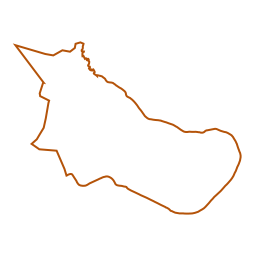 the district of La Pointe, Saint Lucia
{"feature_id": "8701671B35754409069588", "entity_name": "La Pointe", "entity_type": "district", "adm_level": 2, "iso_a3": "LCA", "parent_name": "Saint Lucia", "parent_adm1": "", "projection": "natural_earth1", "projection_center": [-60.888, 13.916], "detail": "fine", "context": "isolated", "style": "outline", "palette": "amber", "viewbox_px": 256, "rotation_deg": 0, "n_neighbors": 0, "source": "geoboundaries", "source_scale": "gbopen_adm2", "svg_char_len": 4682}
<svg xmlns="http://www.w3.org/2000/svg" viewBox="0 0 256 256"><path d="M66.5,175.6L67.0,175.4L67.5,175.1L67.9,174.8L68.7,174.5L69.1,174.3L69.5,174.2L70.3,174.0L71.2,174.0L71.6,174.2L72.0,174.3L72.5,174.9L74.3,177.7L76.4,180.9L76.6,181.4L76.8,181.8L77.0,182.3L77.3,182.7L77.6,183.2L77.9,183.6L78.2,184.0L78.5,184.3L79.0,184.7L79.1,184.9L79.3,185.0L79.6,185.1L79.8,185.2L80.2,185.3L80.7,185.5L81.0,185.6L81.4,185.6L81.8,185.7L82.0,185.7L82.5,185.8L83.3,185.8L83.8,185.8L84.2,185.8L84.7,185.7L85.1,185.7L85.6,185.6L85.8,185.5L86.1,185.4L86.5,185.2L86.9,185.0L87.4,184.8L87.8,184.5L88.0,184.4L88.5,184.1L88.9,183.8L89.3,183.6L89.7,183.3L90.0,183.2L96.5,180.2L98.7,179.2L99.0,179.0L100.8,178.2L101.2,178.1L102.3,177.5L103.4,177.1L103.7,177.0L104.8,176.8L105.8,176.5L107.1,176.4L108.6,176.7L109.9,177.3L111.1,178.0L112.3,179.0L113.5,180.4L114.2,181.6L114.5,182.1L114.9,182.9L115.1,183.3L115.5,184.1L115.9,184.5L116.4,184.8L116.8,185.1L117.8,185.4L119.4,185.7L119.6,185.7L121.7,185.9L122.5,186.1L123.6,186.4L124.0,186.5L124.7,186.6L125.6,186.7L126.1,186.9L126.4,187.0L126.6,187.3L126.9,187.7L127.5,188.4L128.3,189.0L131.0,190.5L135.1,192.4L139.1,194.3L140.6,195.1L146.7,197.8L151.1,200.0L153.6,201.2L154.5,201.7L157.8,203.3L159.5,204.2L161.3,205.1L165.3,207.0L165.5,207.2L165.7,207.4L166.4,207.6L167.3,208.0L168.9,209.0L170.7,210.8L171.4,211.0L172.1,211.2L172.8,211.6L175.3,212.7L176.1,212.8L177.1,213.0L178.4,213.2L179.4,213.4L182.0,213.4L183.4,213.4L183.8,213.5L186.2,213.6L188.5,213.6L190.7,213.5L192.4,213.4L193.8,213.1L195.1,212.8L197.2,212.1L198.1,211.8L200.4,210.4L202.2,209.4L203.9,208.3L205.5,206.8L206.5,205.7L208.8,203.2L211.2,200.3L212.6,198.9L214.2,197.0L216.2,195.2L219.0,192.6L220.1,191.6L221.1,190.6L223.4,188.0L225.3,185.8L226.7,184.5L228.1,183.0L229.3,181.6L230.7,180.0L232.1,178.1L233.5,175.8L234.7,173.0L235.8,171.0L236.9,168.1L237.2,167.2L238.4,164.8L238.9,163.6L239.6,161.6L240.0,160.6L240.6,157.2L240.6,156.4L240.6,155.6L240.5,154.9L240.1,153.0L239.4,151.5L238.8,149.7L238.5,149.0L237.9,147.3L237.1,144.8L237.0,144.6L236.9,144.0L236.6,143.5L235.6,141.3L235.0,140.3L234.0,138.7L233.0,137.0L232.8,136.7L232.1,136.0L231.7,135.4L230.2,134.4L229.8,134.2L228.0,133.1L226.7,132.5L225.9,132.2L224.2,131.9L221.9,131.2L220.6,130.8L219.2,130.2L217.9,129.6L216.5,129.0L215.1,128.8L213.5,129.1L211.4,129.5L210.6,129.7L210.4,129.7L207.3,130.3L206.4,130.4L205.4,130.9L204.2,132.0L202.9,132.6L202.2,132.7L201.2,132.7L200.7,132.6L199.3,132.2L198.4,132.2L197.4,132.0L195.5,131.8L193.2,131.9L192.9,131.9L192.3,131.9L189.5,131.7L187.2,132.0L185.9,132.0L184.7,131.8L184.3,131.7L183.7,131.5L182.5,130.8L181.2,130.0L180.7,129.7L177.4,127.3L177.0,127.0L175.6,126.3L174.7,125.7L174.0,125.3L173.2,124.9L172.9,124.7L169.0,123.4L166.1,122.3L165.3,122.1L164.6,121.9L162.4,121.2L161.5,120.9L161.3,120.9L160.9,120.6L159.3,120.4L158.3,120.2L155.5,120.0L153.2,119.7L151.1,119.3L149.3,119.1L148.1,118.6L146.9,117.8L145.5,116.6L145.2,116.4L144.4,115.4L143.9,114.6L142.8,113.1L142.5,112.6L140.9,110.4L139.3,108.5L138.7,107.7L137.2,105.4L135.4,103.1L134.0,101.5L133.7,101.2L132.4,99.9L131.7,99.3L131.3,99.0L130.4,98.3L130.1,98.0L129.4,97.7L129.2,97.6L128.0,97.0L127.3,96.6L126.8,96.2L126.6,95.9L126.4,95.6L126.1,94.8L126.0,94.5L125.9,93.9L125.9,93.5L125.5,92.3L125.0,91.7L124.8,91.4L124.5,91.1L122.4,89.4L121.0,88.4L120.2,88.0L119.3,87.5L117.5,86.3L116.5,85.6L116.2,85.5L115.8,85.1L114.7,84.2L113.8,83.6L113.6,83.5L113.2,83.1L112.7,82.9L111.7,82.6L109.8,82.4L109.6,82.4L107.9,82.1L106.9,81.5L106.2,80.7L105.8,80.2L105.2,79.0L104.4,78.2L103.6,77.7L103.1,77.3L102.9,77.1L102.0,76.4L101.5,76.2L101.3,76.2L100.4,75.9L100.0,75.8L99.7,75.8L98.3,75.4L97.6,75.3L97.2,75.2L96.7,75.2L96.8,75.8L96.0,75.1L94.4,74.1L93.9,73.6L93.8,73.3L94.2,72.5L94.7,72.0L94.4,71.4L94.3,71.2L94.2,70.8L93.9,70.5L93.7,69.9L93.3,69.4L93.1,69.5L92.9,69.5L92.7,69.9L92.4,70.3L91.8,69.8L91.1,69.4L90.7,69.8L90.7,70.2L90.2,70.0L89.6,69.3L89.0,68.5L89.1,68.3L89.8,67.7L90.0,67.1L89.6,66.5L89.2,66.5L88.7,66.4L88.3,66.0L88.1,65.4L88.3,64.9L89.0,63.8L89.2,62.5L89.2,61.6L88.3,60.7L88.7,60.3L88.7,59.6L88.3,58.9L87.8,58.9L87.8,59.5L87.4,60.3L87.0,60.2L86.6,59.5L86.5,58.8L86.1,58.3L85.7,58.3L84.9,58.8L84.2,57.4L83.5,56.0L82.9,56.3L82.5,56.3L82.4,55.2L82.4,53.6L82.9,52.3L83.5,52.0L83.8,51.9L83.9,51.5L83.2,51.4L82.3,51.7L81.9,51.4L81.7,50.9L81.7,50.1L82.5,49.1L82.8,48.1L82.8,46.3L83.4,44.5L83.5,43.7L80.4,42.4L75.6,43.8L74.8,48.0L70.0,51.7L62.4,50.3L53.3,55.4L45.3,54.0L15.4,45.2L43.6,82.6L43.2,82.5L39.7,93.4L40.2,96.2L40.5,96.3L49.1,100.6L48.9,101.3L48.4,103.2L46.4,114.8L45.8,118.3L43.7,127.8L39.7,134.4L36.8,139.3L31.6,143.9L38.2,148.5L39.3,149.3L56.6,150.7L64.5,169.0L66.5,175.6Z" fill="none" stroke="#b45309" stroke-width="2"/></svg>